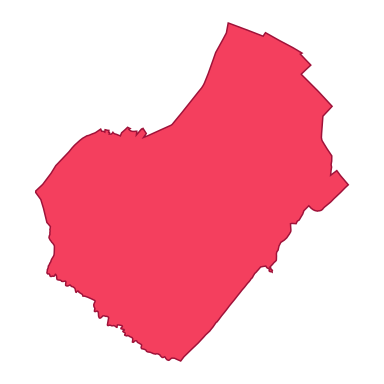 Burla, Suceava, Romania
{"feature_id": "2599482B88852638453630", "entity_name": "Burla", "entity_type": "district", "adm_level": 2, "iso_a3": "ROU", "parent_name": "Romania", "parent_adm1": "Suceava", "projection": "orthographic", "projection_center": [25.922, 47.785], "detail": "fine", "context": "isolated", "style": "filled", "palette": "rose", "viewbox_px": 384, "rotation_deg": 0, "n_neighbors": 0, "source": "geoboundaries", "source_scale": "gbopen_adm2", "svg_char_len": 5788}
<svg xmlns="http://www.w3.org/2000/svg" viewBox="0 0 384 384"><path d="M210.0,330.7L211.0,329.4L212.9,327.1L214.4,324.9L214.6,324.6L216.2,322.3L216.9,322.0L218.8,319.6L220.2,317.7L221.6,315.8L223.0,314.1L224.4,312.4L226.6,309.6L229.2,306.1L231.8,302.9L234.6,299.5L237.4,295.9L239.5,293.3L241.9,290.2L244.5,287.2L247.0,284.0L248.1,282.7L248.8,282.0L249.3,281.4L249.9,280.6L250.4,280.0L250.9,279.0L251.7,278.4L252.5,277.4L252.7,277.0L253.0,276.4L253.4,275.6L254.2,274.4L254.5,273.8L254.7,273.5L255.8,272.5L256.6,271.7L257.3,270.8L257.8,270.3L258.7,269.3L259.5,268.3L260.2,267.5L260.6,267.0L262.9,266.5L265.8,266.1L266.8,267.6L267.5,268.1L268.2,268.4L268.8,268.7L269.4,269.1L269.5,269.5L269.1,270.2L269.3,271.1L270.2,271.7L270.8,271.6L271.3,271.7L272.1,272.1L272.0,271.3L272.4,270.7L272.3,270.2L271.5,269.6L270.9,268.8L270.7,267.8L269.8,267.2L272.5,264.4L274.0,262.6L274.9,261.8L275.6,261.2L276.3,260.3L276.4,259.6L276.5,255.9L276.4,253.8L276.8,251.9L278.1,250.1L278.5,248.2L279.0,246.0L280.8,242.4L284.3,240.1L286.7,237.9L289.4,234.0L290.7,231.7L290.9,230.1L290.7,227.4L290.5,223.7L291.9,223.4L293.6,223.5L296.1,223.7L297.3,221.2L299.2,220.0L300.9,217.1L302.7,214.1L303.9,210.7L308.8,205.8L310.0,207.0L311.2,208.3L312.2,209.0L313.3,209.8L314.4,210.3L315.1,210.6L316.5,210.9L317.5,211.1L318.7,210.8L319.5,210.8L321.0,210.4L322.5,209.4L323.3,208.3L324.6,207.0L326.1,205.8L330.8,201.9L333.8,198.8L337.5,195.3L340.6,192.4L345.1,187.8L348.3,184.8L340.4,175.5L336.8,170.6L330.6,175.3L331.0,171.0L331.6,167.1L331.1,164.7L331.7,161.1L331.8,155.9L330.4,153.8L327.1,148.9L324.4,144.5L322.4,141.2L321.9,140.2L321.4,137.6L321.6,133.4L322.9,116.2L330.3,108.3L332.1,106.3L322.0,95.4L318.3,91.4L306.4,79.5L303.3,76.4L301.3,74.4L301.3,74.1L306.1,69.5L310.8,65.1L306.0,60.1L300.3,54.1L300.9,53.7L302.0,53.1L293.3,47.9L279.2,40.4L265.5,32.7L264.3,34.4L263.1,36.2L248.9,30.7L242.5,28.3L233.7,25.0L228.6,23.1L228.2,23.0L226.6,31.7L226.4,32.9L223.0,39.3L218.1,48.2L215.7,52.5L213.2,59.7L208.2,73.7L204.4,83.1L203.4,85.1L201.7,87.8L198.2,92.1L190.1,102.3L181.9,112.6L175.3,120.6L172.2,124.4L171.1,125.2L161.1,129.7L147.9,135.7L143.6,137.4L146.3,133.5L143.0,128.4L142.0,129.3L141.5,129.0L136.4,135.0L136.8,131.2L136.1,131.2L134.4,131.4L132.5,131.4L131.6,131.2L130.8,130.9L129.8,130.3L128.9,129.4L130.1,128.5L129.3,128.2L128.6,127.8L127.6,127.3L125.1,129.7L121.6,132.8L120.6,135.3L120.4,135.9L117.8,134.9L116.6,134.4L114.9,133.9L113.6,133.2L113.2,132.7L112.9,132.3L112.5,132.9L112.0,133.5L111.5,133.9L110.7,134.1L109.2,134.1L109.5,132.5L108.6,132.3L108.7,131.8L108.9,130.4L106.9,130.2L106.1,129.9L105.1,129.7L104.8,132.1L103.9,131.5L102.8,131.3L101.7,131.3L100.7,129.1L95.7,132.5L94.5,133.1L92.0,134.0L89.0,135.3L88.3,135.5L86.9,135.8L84.3,137.3L82.7,138.2L79.9,140.4L76.0,143.9L74.5,145.3L72.2,147.8L69.3,151.4L68.3,152.5L60.0,161.2L55.8,165.6L51.0,173.4L48.5,176.7L42.7,184.4L35.8,190.9L35.7,192.5L40.8,199.5L43.5,208.4L46.9,222.5L48.6,224.4L50.4,226.6L50.1,228.8L49.9,229.4L50.1,231.2L49.9,232.1L49.9,233.9L49.9,234.6L49.4,235.6L49.0,237.3L49.1,238.0L49.6,239.0L50.2,240.1L51.1,241.2L51.4,241.7L51.8,242.3L52.9,243.4L54.3,245.6L54.4,246.9L54.3,250.8L54.2,253.4L54.0,254.9L53.7,255.8L53.1,256.8L51.6,259.3L51.2,260.2L50.9,261.2L50.8,261.6L50.7,261.9L50.2,262.6L49.8,263.3L49.4,264.3L48.7,265.7L48.4,265.9L48.3,266.4L48.2,267.5L47.7,269.0L47.3,269.7L47.3,270.7L47.2,271.1L47.1,271.6L47.1,272.0L46.9,272.9L47.5,273.6L47.7,273.9L48.3,273.9L48.9,273.9L49.2,274.0L49.7,274.7L50.0,275.8L50.4,276.4L51.1,276.5L51.7,276.4L52.4,276.2L52.9,276.1L53.6,276.3L54.1,276.2L54.6,275.6L55.1,274.8L55.4,274.3L55.7,274.4L56.0,274.9L56.5,275.8L56.6,276.7L56.8,278.5L57.1,279.5L57.8,279.8L58.7,280.0L60.4,280.2L61.1,280.6L61.6,281.3L62.9,281.5L63.6,281.4L65.1,281.1L65.7,281.4L65.8,281.7L65.9,282.1L65.7,283.4L65.6,285.1L65.8,285.5L66.5,285.9L67.5,286.0L68.5,285.7L69.6,285.1L70.3,285.1L70.6,285.4L71.4,286.4L72.1,286.6L73.2,286.9L74.6,288.0L75.1,288.9L75.7,291.7L75.9,292.2L76.3,292.3L76.6,291.8L77.1,291.5L77.6,291.1L78.5,291.2L78.8,291.5L78.9,292.2L79.7,292.7L80.0,292.9L82.2,294.3L82.7,295.3L82.9,296.1L84.9,296.2L88.0,297.3L90.0,298.2L92.6,299.4L94.8,300.5L95.1,301.2L95.0,301.7L94.4,302.9L93.8,304.5L93.8,305.7L94.0,306.7L94.8,308.2L94.8,308.9L94.6,309.7L94.4,311.0L94.5,311.4L95.1,311.6L95.8,311.5L96.6,311.1L97.4,311.2L98.1,311.9L98.4,313.1L98.5,315.4L98.7,316.7L99.3,317.9L99.7,318.1L100.6,318.0L101.3,317.4L102.3,316.5L103.1,315.8L104.2,315.8L105.2,316.2L105.9,316.4L106.7,316.3L107.6,316.6L108.4,317.2L108.7,318.0L108.5,318.5L108.2,320.2L107.4,324.9L107.6,325.4L108.1,325.6L108.7,325.4L109.6,325.2L110.5,325.3L111.7,325.8L112.9,325.8L113.7,325.5L114.9,326.0L115.9,326.8L116.6,327.3L117.0,327.3L117.1,326.3L117.4,325.0L118.3,324.9L120.6,325.3L121.9,325.6L122.4,326.3L122.3,326.8L121.7,327.3L120.9,328.2L121.1,328.8L122.8,329.2L124.0,329.5L124.3,329.9L124.1,330.4L122.9,331.1L122.9,331.5L123.2,331.8L124.0,332.3L125.0,332.9L125.2,333.6L125.2,334.2L124.7,334.7L124.7,335.1L124.9,335.3L125.9,335.7L126.7,335.9L127.2,335.8L127.7,335.5L128.4,335.7L128.9,336.0L130.0,336.7L131.9,337.5L132.7,338.6L132.7,339.9L132.4,342.0L132.7,342.2L133.2,342.3L133.7,342.1L134.4,341.2L135.4,340.8L136.1,340.7L136.9,341.2L137.1,341.7L137.5,342.3L138.1,342.7L139.3,343.3L141.3,344.5L141.6,345.0L141.5,345.8L141.1,347.5L141.4,348.3L141.9,348.8L142.9,348.9L144.5,349.4L145.6,349.9L146.2,350.5L146.5,351.3L148.0,352.0L149.2,352.1L150.4,352.3L153.3,353.6L155.6,354.1L156.8,353.7L158.2,354.0L159.9,354.9L160.4,355.8L162.1,357.4L162.8,357.5L163.5,357.4L164.5,356.8L165.2,357.2L165.7,358.3L167.1,359.8L168.5,360.3L169.3,360.1L170.5,359.0L171.6,358.2L172.9,358.1L174.7,358.3L176.5,359.2L180.7,361.0L184.0,356.7L187.8,353.0L191.7,349.2L198.2,343.0L203.6,337.2L205.6,334.9L209.9,330.9L210.0,330.7Z" fill="#f43f5e" stroke="#9f1239" stroke-width="1.5"/></svg>